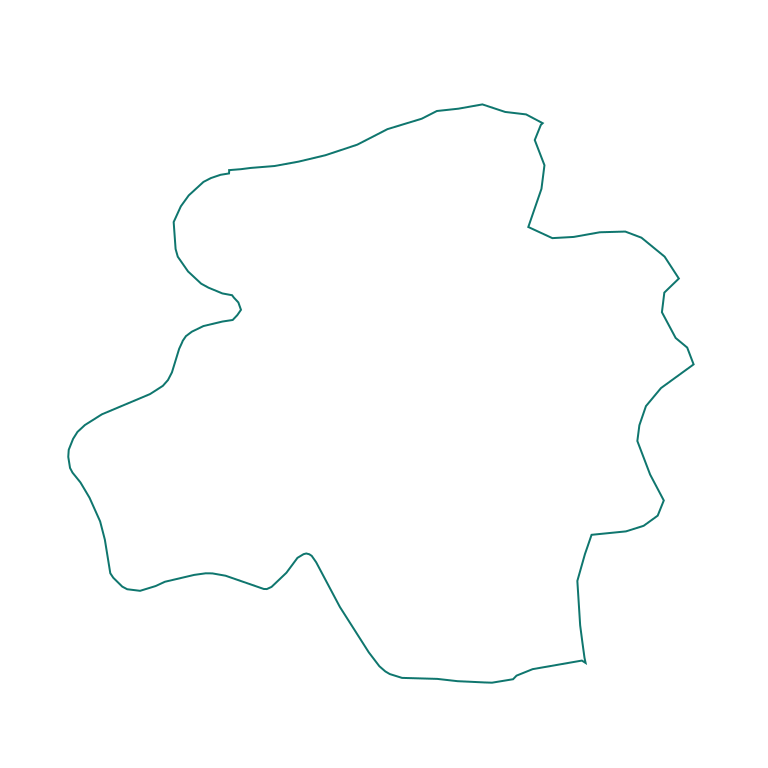 the district of Pyongyang, P'yŏngyang, North Korea, rotated 277°
{"feature_id": "82179303B55999426557094", "entity_name": "Pyongyang", "entity_type": "district", "adm_level": 2, "iso_a3": "PRK", "parent_name": "North Korea", "parent_adm1": "P'yŏngyang", "projection": "albers", "projection_center": [125.792, 39.089], "detail": "fine", "context": "isolated", "style": "outline", "palette": "teal", "viewbox_px": 768, "rotation_deg": 277, "n_neighbors": 0, "source": "geoboundaries", "source_scale": "gbopen_adm2", "svg_char_len": 1760}
<svg xmlns="http://www.w3.org/2000/svg" viewBox="0 0 768 768"><g transform="rotate(277 384 384)"><path d="M131.7,618.1L136.6,616.4L152.5,612.2L168.4,608.1L212.1,599.9L239.8,604.2L247.7,605.9L259.6,608.4L267.2,642.1L274.9,659.0L286.7,671.7L302.5,675.9L326.5,659.2L342.4,650.8L358.3,642.4L374.2,642.5L394.0,646.7L413.7,659.4L441.2,688.9L457.1,680.5L465.2,667.9L489.1,651.1L508.9,651.1L524.6,663.8L544.6,647.0L560.6,621.7L564.7,604.9L560.9,579.7L553.1,554.4L549.3,533.3L557.4,508.1L577.2,512.3L596.9,516.5L620.7,516.6L644.5,503.9L660.3,508.1L662.2,509.7L668.9,492.2L668.8,471.1L673.5,447.6L666.3,424.2L661.4,403.2L651.9,389.1L637.4,356.4L618.3,328.3L603.9,297.9L594.3,272.1L587.0,248.7L582.2,225.3L579.8,215.9L577.4,204.2L576.5,204.4L574.1,204.5L571.7,196.2L567.3,187.1L562.6,180.2L547.4,167.2L535.6,160.7L519.1,155.5L492.6,160.7L485.2,163.8L471.7,175.9L471.6,176.1L461.3,190.3L458.2,198.1L454.2,212.5L453.6,222.4L451.5,224.4L447.2,229.5L440.2,233.0L434.5,230.0L429.1,226.0L426.3,216.0L419.5,197.7L412.5,186.9L407.4,181.6L402.4,179.0L400.5,178.5L394.0,176.4L369.7,172.1L361.6,169.1L355.2,164.7L345.5,153.0L319.6,107.8L318.0,105.8L306.8,92.1L299.1,85.6L291.7,82.1L280.3,79.1L273.2,79.5L262.4,82.6L258.1,85.6L249.3,94.7L235.2,105.6L213.0,119.0L195.5,125.9L162.8,135.4L158.7,138.9L151.0,148.9L149.0,154.1L149.0,167.1L155.6,181.9L161.0,190.6L167.5,208.3L171.4,218.9L174.4,230.2L175.1,236.7L174.4,250.1L165.9,289.7L166.2,292.7L168.9,297.1L184.7,310.1L200.9,319.3L205.3,324.9L206.3,327.5L205.9,330.6L204.6,333.2L198.8,338.4L157.3,367.4L115.8,401.6L103.3,413.8L98.9,420.3L96.8,425.1L94.5,437.7L97.8,472.8L98.0,493.3L99.0,506.3L100.0,519.8L100.7,527.6L106.7,548.1L110.7,551.1L119.1,566.3L133.6,614.1L131.7,618.1Z" fill="none" stroke="#0f766e" stroke-width="2"/></g></svg>